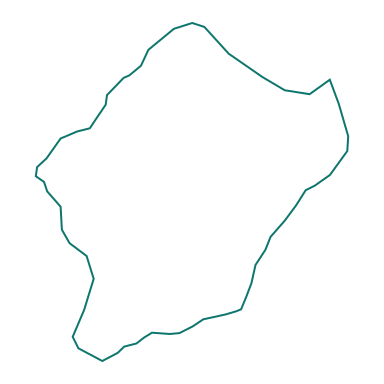 the district of Lekie, Centre, Cameroon
{"feature_id": "32672807B3101876589222", "entity_name": "Lekie", "entity_type": "district", "adm_level": 2, "iso_a3": "CMR", "parent_name": "Cameroon", "parent_adm1": "Centre", "projection": "mercator", "projection_center": [11.41, 4.138], "detail": "fine", "context": "isolated", "style": "outline", "palette": "teal", "viewbox_px": 384, "rotation_deg": 0, "n_neighbors": 0, "source": "geoboundaries", "source_scale": "gbopen_adm2", "svg_char_len": 872}
<svg xmlns="http://www.w3.org/2000/svg" viewBox="0 0 384 384"><path d="M329.8,79.7L309.6,94.2L288.9,90.9L284.8,90.3L262.7,77.2L261.2,76.2L228.7,53.7L205.8,28.5L204.3,26.9L192.2,23.0L173.9,28.8L148.4,49.8L141.0,65.7L129.3,75.4L123.6,77.9L107.0,95.1L105.7,104.7L96.2,118.7L89.8,128.3L77.1,131.5L60.6,138.5L46.6,158.3L37.1,167.1L35.8,176.2L44.0,181.9L47.2,191.4L60.6,206.7L61.9,229.7L69.5,243.1L71.3,244.5L86.6,256.0L93.7,278.8L84.1,310.0L72.7,336.8L78.4,348.3L102.3,361.0L117.8,352.8L124.2,346.6L136.4,343.5L144.3,337.4L152.0,332.7L169.8,334.0L179.4,333.1L192.5,326.5L203.3,319.3L216.8,316.4L225.7,314.4L236.2,311.3L241.1,309.3L246.0,297.5L251.4,283.3L255.5,265.0L265.4,249.8L270.6,236.8L284.8,220.6L296.0,205.5L305.7,190.2L314.7,185.7L329.9,175.0L347.3,151.0L348.0,139.4L348.2,136.2L339.2,105.3L338.6,103.4L329.8,79.7Z" fill="none" stroke="#0f766e" stroke-width="2"/></svg>